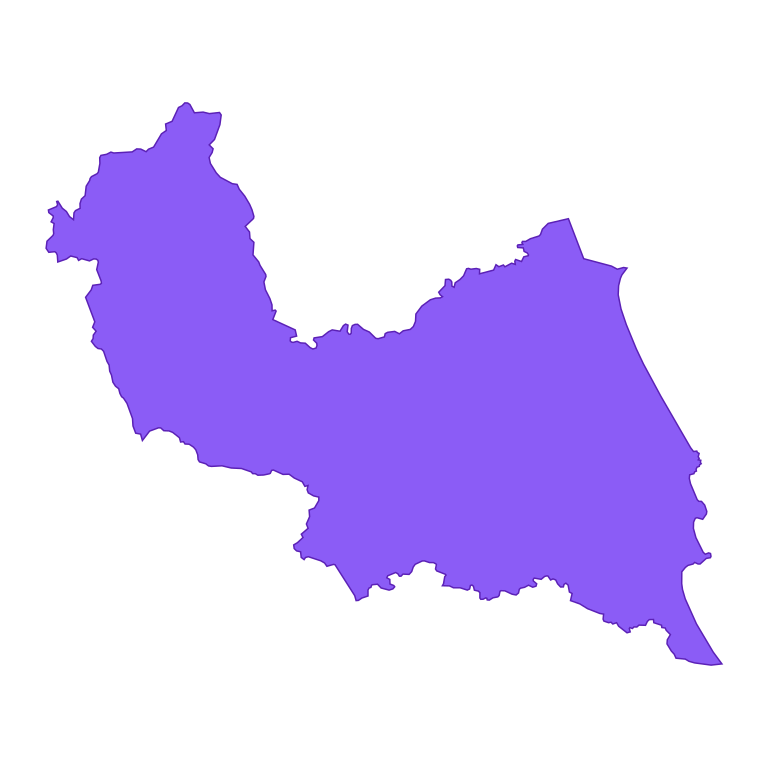 Phu Cat, Bình Định, Vietnam
{"feature_id": "81297802B92234400822922", "entity_name": "Phu Cat", "entity_type": "district", "adm_level": 2, "iso_a3": "VNM", "parent_name": "Vietnam", "parent_adm1": "Bình Định", "projection": "orthographic", "projection_center": [109.072, 14.062], "detail": "fine", "context": "isolated", "style": "filled", "palette": "violet", "viewbox_px": 768, "rotation_deg": 0, "n_neighbors": 0, "source": "geoboundaries", "source_scale": "gbopen_adm2", "svg_char_len": 6072}
<svg xmlns="http://www.w3.org/2000/svg" viewBox="0 0 768 768"><path d="M570.5,600.6L579.8,603.9L587.6,608.7L599.9,613.5L603.6,614.1L603.1,619.2L603.9,621.1L608.6,622.7L611.0,622.2L612.8,624.0L616.6,622.7L618.6,626.2L627.0,632.8L630.2,631.9L629.3,628.5L629.9,627.6L632.4,628.5L634.0,626.9L636.9,627.0L639.0,625.1L645.5,625.3L647.4,621.4L649.3,619.6L653.5,619.5L653.8,622.7L661.5,625.2L661.8,627.5L665.2,628.0L666.2,630.3L670.4,634.6L667.3,639.8L667.0,643.9L671.3,651.0L674.2,654.2L676.0,658.2L685.3,659.1L689.0,661.3L694.6,662.9L711.1,665.1L721.9,663.9L713.2,652.1L696.4,623.8L685.2,598.8L682.5,589.5L681.7,583.6L681.8,571.8L685.4,567.4L688.0,565.4L693.1,564.0L694.7,562.4L698.1,564.0L700.1,564.0L706.3,558.4L710.4,557.7L711.0,556.3L710.5,553.5L708.6,552.9L705.3,554.2L703.2,552.3L695.9,537.6L693.4,528.4L693.6,522.1L695.3,518.3L697.0,517.7L702.7,519.3L706.4,514.0L706.8,511.4L704.7,505.1L701.5,501.4L698.8,501.3L697.2,499.7L690.5,483.7L689.3,478.4L689.7,474.8L693.9,473.7L694.6,471.9L696.4,471.1L696.1,469.2L697.0,467.2L699.3,466.3L699.7,464.6L701.2,463.7L700.4,462.3L700.8,460.3L698.3,459.8L699.2,458.4L698.2,456.8L699.1,453.4L697.4,452.5L696.8,451.1L693.5,451.5L690.6,447.7L660.7,396.0L643.4,363.9L636.3,348.9L626.3,324.6L621.0,308.9L618.2,294.8L618.6,285.7L620.4,278.4L621.9,274.9L627.0,268.1L623.6,267.5L617.3,269.2L611.5,266.1L583.7,258.7L568.4,218.7L548.2,223.4L542.4,229.2L540.5,234.5L539.0,236.0L530.4,238.7L525.8,241.4L522.5,241.4L521.9,242.6L522.8,244.4L517.9,244.9L517.3,245.9L517.7,247.5L523.3,247.9L524.1,251.4L527.3,253.0L528.5,254.9L528.3,255.7L523.8,256.8L521.5,261.5L515.6,259.5L514.8,261.2L515.3,264.4L511.6,263.2L504.9,266.8L503.4,265.0L498.9,266.7L496.0,264.7L493.6,270.1L479.5,273.8L479.7,269.3L476.3,268.5L470.9,269.2L468.5,268.4L466.6,268.8L463.6,275.8L460.0,279.5L455.2,282.8L454.1,287.3L451.9,286.1L451.8,282.0L450.7,280.3L448.8,279.2L445.5,279.5L445.0,285.7L438.7,292.2L440.1,294.7L442.5,296.7L440.3,297.9L435.6,298.1L430.3,299.8L421.8,306.1L415.9,314.0L415.5,321.4L413.4,326.5L410.3,329.4L403.2,330.8L399.4,333.8L394.7,331.4L387.7,332.3L385.2,333.6L384.4,336.9L378.1,338.7L375.7,338.3L369.3,332.0L363.5,329.4L357.6,324.3L355.0,324.4L352.4,325.6L351.3,328.5L351.2,333.1L350.2,334.3L348.9,334.2L347.2,331.8L348.0,325.1L345.6,324.1L343.4,325.6L340.0,331.2L332.2,329.9L328.6,331.7L322.4,336.6L314.1,337.9L313.5,340.0L316.7,343.2L317.0,345.4L316.1,348.0L312.9,349.0L310.1,347.6L305.3,343.2L300.5,342.9L297.1,341.3L293.2,342.4L291.5,342.1L290.2,340.9L290.5,337.7L296.6,336.1L295.2,329.9L272.8,319.6L276.1,311.1L275.2,310.1L272.1,310.8L272.0,304.9L269.9,298.6L265.4,289.7L263.9,281.9L266.0,276.5L265.7,274.5L260.0,265.3L258.7,261.9L253.0,254.9L253.9,242.3L250.0,238.6L249.5,232.0L245.2,226.4L253.5,218.5L253.9,216.4L252.0,209.8L249.6,204.3L244.8,196.2L239.3,189.3L237.1,184.4L232.3,183.7L220.3,177.3L216.2,172.8L210.4,163.5L209.1,157.5L212.1,152.6L213.1,148.8L209.2,144.9L214.5,139.5L219.9,124.7L221.2,115.0L219.5,112.5L209.4,113.6L203.1,112.1L194.4,112.8L189.9,104.5L187.7,103.0L184.8,102.9L182.0,105.8L178.5,107.5L172.1,121.3L165.6,124.0L166.3,130.5L161.5,133.8L153.6,147.1L148.5,149.2L146.1,151.7L140.8,149.1L136.7,148.9L132.2,151.9L113.8,153.0L110.9,152.1L106.6,154.3L100.9,155.4L99.7,157.7L99.9,163.4L98.3,172.2L97.1,173.7L91.5,176.6L90.1,178.5L89.7,180.5L86.2,186.2L85.1,195.7L81.4,199.1L80.0,203.6L80.1,208.3L75.5,210.6L74.0,212.8L73.5,219.7L69.5,216.6L66.4,211.5L62.3,208.2L57.9,201.2L56.7,201.5L57.6,204.7L56.5,206.6L48.4,210.0L48.8,212.6L53.2,216.0L53.2,217.7L51.1,221.8L54.1,223.5L53.3,229.7L53.7,233.6L53.0,235.4L47.0,241.2L46.1,248.3L48.8,252.3L54.8,251.7L56.3,252.9L57.3,255.1L57.8,262.0L66.5,259.0L70.7,256.0L77.1,257.6L78.6,260.4L81.7,258.7L89.5,260.9L93.7,258.9L96.3,259.1L97.9,260.3L98.3,262.3L96.7,269.6L101.1,280.9L101.4,283.3L100.2,284.3L92.8,285.3L91.2,289.9L85.6,297.3L94.8,321.8L92.6,327.3L96.1,331.2L93.3,335.1L93.1,338.6L91.4,341.3L95.3,346.4L98.0,348.5L101.4,349.0L103.6,351.3L107.0,361.4L109.1,365.1L109.7,371.1L111.5,375.2L112.9,382.2L115.5,386.2L118.7,388.7L119.9,393.4L121.6,396.7L123.5,398.1L127.0,403.4L132.5,418.5L133.0,426.0L135.7,433.2L140.6,434.1L142.4,440.5L149.6,431.1L158.5,427.8L160.7,427.9L163.8,430.7L169.0,430.9L172.7,432.4L179.4,437.7L180.6,442.0L183.5,441.7L185.0,444.0L189.1,444.2L193.5,447.1L195.8,449.8L197.7,454.8L198.1,459.6L199.5,461.9L205.8,463.8L208.5,465.9L211.4,466.4L222.0,465.8L231.2,468.0L241.5,468.5L251.3,471.9L252.6,473.6L255.4,473.7L257.8,475.2L263.6,475.0L269.3,473.8L270.3,473.3L271.6,470.4L273.3,470.0L283.0,474.4L289.1,474.2L294.2,478.0L302.3,481.8L304.9,486.4L308.0,485.5L307.1,489.7L308.3,492.9L313.6,495.9L318.8,497.1L318.8,500.6L314.5,508.0L309.1,510.1L309.6,516.7L306.4,524.0L308.1,528.3L301.3,534.2L303.0,537.5L297.4,542.7L293.7,544.9L294.2,548.6L296.6,550.9L300.6,551.8L301.2,557.4L304.1,559.6L305.5,557.5L308.3,556.7L320.8,560.8L324.6,563.0L326.9,566.3L333.5,564.4L335.0,564.7L354.7,595.6L356.1,600.6L358.4,600.4L362.0,598.0L368.0,596.0L368.0,590.0L369.1,588.0L370.9,587.4L371.6,585.2L372.5,584.7L377.5,584.2L381.1,588.0L389.1,590.1L392.9,588.9L394.7,586.8L393.8,585.5L390.0,584.0L389.8,579.4L386.8,577.8L387.7,575.8L395.7,572.5L397.9,573.8L399.4,576.2L401.0,576.2L403.0,574.1L409.1,574.4L411.7,571.6L413.2,567.1L415.2,564.3L422.2,561.0L424.4,560.9L429.6,562.6L433.5,562.6L435.9,563.9L436.4,564.6L435.5,569.0L436.7,570.9L445.4,574.3L446.0,575.1L444.7,576.8L443.5,583.8L442.4,585.7L449.5,585.9L453.5,587.8L460.2,587.8L467.3,590.1L469.6,589.0L470.4,585.5L471.9,585.0L473.4,586.2L474.4,590.2L478.3,591.1L479.9,592.6L479.9,598.0L480.8,599.3L483.2,599.2L485.7,597.9L486.9,598.3L487.2,599.9L489.3,600.1L493.0,597.8L497.8,596.9L499.1,595.6L500.0,591.3L500.9,590.7L504.8,590.8L512.1,594.2L516.1,595.0L518.5,593.0L519.3,589.3L520.5,588.2L524.6,587.3L528.5,585.2L532.7,587.2L536.0,586.2L536.7,583.8L533.3,580.9L533.2,579.4L534.2,578.1L541.2,579.3L544.7,576.4L546.8,575.9L547.9,576.0L550.6,580.0L553.0,578.9L555.7,579.9L557.6,583.8L560.6,587.0L563.4,586.9L564.0,584.4L565.9,583.2L568.1,585.1L569.4,592.0L572.1,593.5L570.5,600.6Z" fill="#8b5cf6" stroke="#5b21b6" stroke-width="1.5"/></svg>